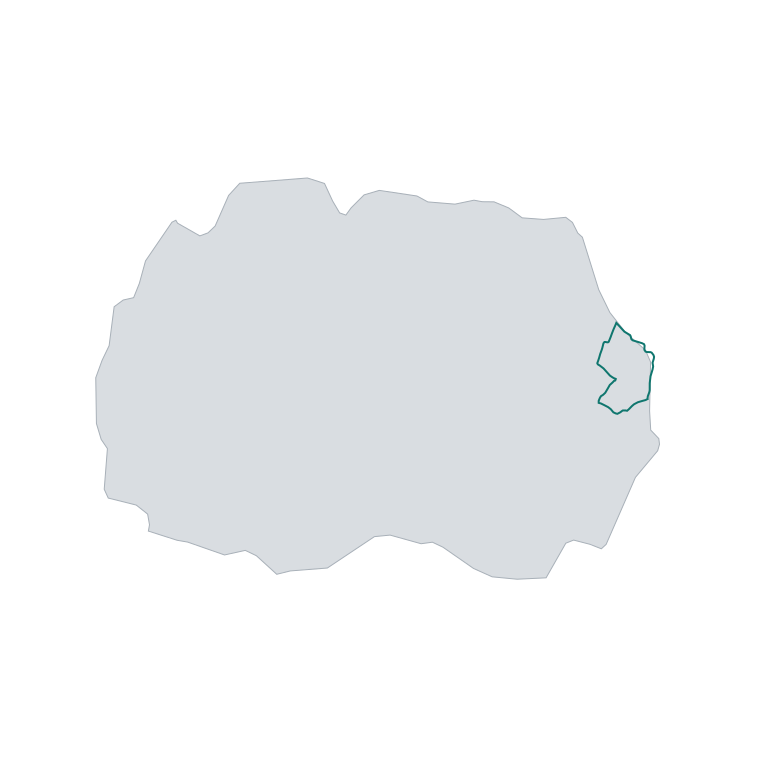 North Macedonia, with Delčevo highlighted, rotated 20°
{"feature_id": "MKD-3005", "entity_name": "Delčevo", "entity_type": "Statistical Region", "adm_level": 1, "iso_a3": "MKD", "parent_name": "North Macedonia", "parent_adm1": "", "projection": "orthographic", "projection_center": [22.736, 41.933], "detail": "fine", "context": "in_parent", "style": "outline", "palette": "teal", "viewbox_px": 768, "rotation_deg": 20, "n_neighbors": 0, "source": "natural_earth", "source_scale": "10m", "svg_char_len": 2255}
<svg xmlns="http://www.w3.org/2000/svg" viewBox="0 0 768 768"><g transform="rotate(20 384 384)"><path d="M350.9,196.1L362.9,197.9L389.2,190.7L405.7,180.5L414.0,179.1L425.1,175.2L441.0,175.9L457.0,180.6L477.6,174.8L497.8,165.2L505.8,167.7L514.5,175.9L520.2,178.2L553.5,221.9L571.8,239.6L593.4,253.0L618.1,262.8L627.0,272.2L642.8,318.5L650.4,336.1L660.9,341.3L663.5,346.4L664.0,353.1L652.2,385.7L647.6,458.7L644.6,464.5L632.2,464.2L615.6,465.8L609.3,471.4L602.6,510.7L575.9,521.9L551.6,528.2L531.2,526.7L495.3,517.2L483.6,516.1L473.5,521.4L441.4,523.9L427.2,530.7L393.7,576.3L359.9,591.7L348.3,599.5L322.8,589.0L310.5,587.8L292.6,599.2L253.6,599.7L243.0,601.6L212.9,602.8L211.8,596.5L206.4,587.1L192.6,582.5L163.9,585.5L157.1,578.6L146.2,539.3L137.2,532.8L127.3,519.5L111.0,476.7L111.0,458.1L112.6,442.0L104.0,403.7L110.2,394.3L119.2,388.5L119.7,373.2L117.8,349.9L129.4,304.5L132.4,301.3L135.0,303.5L160.3,307.8L166.9,302.2L171.3,293.3L173.5,259.9L179.8,244.7L241.6,216.6L259.5,215.9L273.1,229.6L283.8,238.4L290.4,238.3L292.9,229.6L300.6,213.1L313.3,203.7L350.5,196.1L350.9,196.1Z" fill="#d9dde1" stroke="#a8b0b8" stroke-width="1"/><path d="M581.4,247.1L592.0,252.6L598.5,253.9L599.5,254.8L600.3,256.1L601.2,257.3L602.7,257.9L612.6,257.4L614.8,257.7L615.8,258.9L616.3,260.8L617.0,262.8L618.7,264.1L620.3,264.0L623.6,262.9L624.8,263.0L627.3,264.6L628.5,266.1L628.9,268.1L628.9,268.3L629.1,272.2L630.9,275.4L631.4,278.5L631.8,285.5L633.4,292.3L635.8,299.0L636.1,301.0L636.1,305.3L636.6,307.5L636.9,307.9L636.2,308.6L635.3,309.6L632.6,311.5L628.8,314.3L625.9,317.5L624.5,320.0L622.8,323.8L621.6,326.0L619.8,326.3L617.3,327.3L615.7,329.8L613.5,332.2L611.8,332.4L609.8,332.2L609.3,332.2L605.7,330.1L602.6,329.1L598.1,328.5L594.4,328.1L592.2,328.3L591.6,326.7L591.5,326.3L591.6,323.4L592.0,321.3L593.6,319.2L594.9,316.6L595.8,311.8L596.5,307.7L598.3,304.3L599.1,302.4L600.1,301.6L600.1,300.0L599.3,299.9L598.0,299.9L596.0,299.5L593.4,298.8L589.1,296.5L585.0,294.3L580.6,292.9L578.2,292.4L577.3,291.5L577.3,289.0L577.2,285.8L576.9,281.9L576.9,277.3L576.8,275.4L576.3,270.7L576.8,269.1L577.9,268.7L578.9,268.6L580.1,268.3L580.7,267.5L580.8,265.4L580.9,262.6L580.9,258.4L581.0,254.1L581.3,249.9L581.4,247.1Z" fill="none" stroke="#0f766e" stroke-width="2"/></g></svg>